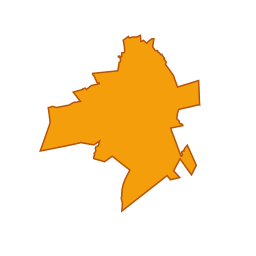 outline of Bulawayo, Bulawayo, Zimbabwe, rotated 235°
{"feature_id": "62879985B51719638002761", "entity_name": "Bulawayo", "entity_type": "district", "adm_level": 2, "iso_a3": "ZWE", "parent_name": "Zimbabwe", "parent_adm1": "Bulawayo", "projection": "natural_earth1", "projection_center": [28.57, -20.11], "detail": "fine", "context": "isolated", "style": "filled", "palette": "amber", "viewbox_px": 256, "rotation_deg": 235, "n_neighbors": 0, "source": "geoboundaries", "source_scale": "gbopen_adm2", "svg_char_len": 2260}
<svg xmlns="http://www.w3.org/2000/svg" viewBox="0 0 256 256"><g transform="rotate(235 128 128)"><path d="M158.6,195.2L160.0,197.1L163.8,197.1L163.8,197.7L169.1,197.9L169.1,197.0L172.5,196.6L172.9,196.0L173.4,196.0L174.4,196.6L175.8,194.7L180.4,194.8L186.2,200.4L187.4,198.6L187.2,194.1L186.7,192.5L186.5,192.1L187.8,191.7L188.1,191.7L191.0,190.9L191.2,188.9L191.2,188.6L191.6,188.2L191.9,188.5L196.9,191.4L197.3,188.3L197.5,187.6L198.9,185.3L199.9,184.1L201.0,180.7L202.8,180.9L202.6,174.4L196.8,171.8L192.6,169.2L192.0,168.1L193.2,166.0L192.0,165.1L190.0,163.7L190.3,163.2L191.9,162.3L192.3,161.7L192.3,161.3L192.0,160.9L189.5,161.8L187.2,160.2L186.6,159.6L186.9,158.5L180.8,152.6L181.0,151.9L193.0,130.4L192.4,129.8L189.4,130.0L188.0,129.7L186.5,129.2L185.5,129.3L184.6,128.9L182.9,128.8L181.4,130.2L180.8,129.8L183.8,122.3L183.4,116.1L185.2,115.9L186.0,113.7L185.5,113.2L188.8,103.7L186.2,103.8L183.0,104.0L179.7,104.1L177.1,104.3L177.9,102.9L178.7,100.3L179.4,99.7L179.5,99.5L180.1,98.2L180.5,94.9L180.5,93.1L185.9,81.0L188.9,78.7L190.4,74.3L183.7,70.9L178.8,68.2L177.1,67.3L175.2,64.9L167.2,53.7L162.3,46.9L159.5,42.9L149.8,64.8L145.0,76.1L143.3,80.2L143.3,81.0L142.4,81.6L133.8,90.3L133.6,97.3L131.7,94.9L131.0,94.2L130.3,93.2L130.8,92.4L131.1,91.4L130.7,90.4L130.1,89.6L127.7,88.5L127.0,87.0L126.8,86.0L126.4,85.4L125.3,85.4L124.5,84.3L123.9,83.0L122.5,82.4L113.8,89.5L113.9,98.9L107.8,100.7L92.5,105.4L87.8,96.5L85.0,92.3L81.4,88.2L76.8,84.5L76.5,84.3L74.4,82.2L71.8,81.1L70.8,80.9L69.1,79.9L63.5,75.3L66.6,132.8L61.3,133.0L57.7,142.0L66.7,140.8L72.9,152.9L53.2,153.1L58.2,162.5L79.9,166.8L79.3,164.5L79.0,163.4L78.7,162.6L78.1,161.5L77.1,160.7L77.7,159.7L77.6,158.1L76.7,157.6L75.0,157.4L74.2,156.5L74.5,155.3L86.7,158.4L86.8,158.5L103.5,162.8L103.1,163.7L98.5,174.3L99.6,174.6L100.2,174.3L100.8,174.2L101.2,173.8L101.6,173.3L102.0,173.1L102.4,173.1L102.8,173.2L103.0,173.3L103.4,173.5L103.8,173.8L104.1,173.9L104.4,173.9L105.6,173.6L106.9,173.4L107.6,173.4L108.2,173.8L110.9,176.3L111.6,176.9L112.3,177.8L113.9,179.9L114.0,180.1L113.8,181.0L112.0,185.5L109.5,191.4L108.1,195.2L106.7,198.6L105.9,199.8L106.0,199.8L106.0,200.0L126.4,213.1L133.1,192.1L140.7,194.1L145.0,195.4L158.6,195.2Z" fill="#f59e0b" stroke="#b45309" stroke-width="1.5"/></g></svg>